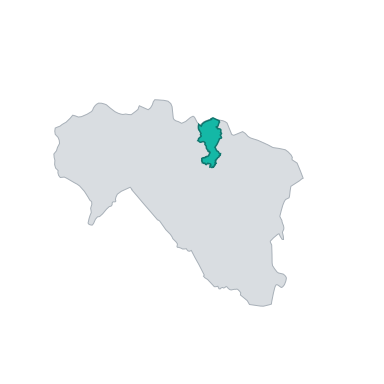 Yatenga, Yatenga, Burkina Faso shown in context, rotated 50°
{"feature_id": "67063806B65280418727437", "entity_name": "Yatenga", "entity_type": "district", "adm_level": 2, "iso_a3": "BFA", "parent_name": "Burkina Faso", "parent_adm1": "Yatenga", "projection": "albers", "projection_center": [-2.148, 13.581], "detail": "fine", "context": "in_parent", "style": "filled", "palette": "teal", "viewbox_px": 384, "rotation_deg": 50, "n_neighbors": 0, "source": "geoboundaries", "source_scale": "gbopen_adm2", "svg_char_len": 7728}
<svg xmlns="http://www.w3.org/2000/svg" viewBox="0 0 384 384"><g transform="rotate(50 192 192)"><path d="M277.9,235.8L269.0,236.3L265.8,237.3L263.8,237.3L263.7,236.5L263.5,236.0L252.2,233.4L244.3,231.9L236.3,230.1L235.9,231.8L234.7,232.9L233.0,233.0L231.8,232.8L231.0,234.1L229.7,235.8L227.8,236.6L226.0,237.7L225.0,238.7L224.3,238.7L222.4,236.5L220.0,236.3L215.5,236.7L213.4,236.1L210.6,235.8L204.0,236.3L193.5,235.4L191.8,235.9L191.3,236.3L180.9,236.4L169.4,236.6L159.8,236.6L151.4,236.7L151.4,236.3L148.7,236.3L148.4,237.0L146.0,245.8L145.7,250.6L147.0,253.5L148.4,255.4L150.0,256.2L150.1,257.3L148.8,258.7L149.0,260.1L150.5,261.5L150.8,263.1L150.0,264.7L150.2,268.5L151.3,274.6L151.4,278.6L150.3,280.4L150.8,283.5L152.9,287.8L153.2,289.7L152.5,290.5L150.7,291.7L149.0,291.6L147.0,289.0L146.1,287.8L144.4,285.1L143.0,282.4L141.2,281.2L139.3,280.1L137.1,276.7L134.9,275.1L132.6,275.5L129.2,274.9L122.4,274.0L115.1,274.2L112.1,275.0L109.1,276.2L101.5,278.9L98.5,280.2L96.2,283.6L93.6,283.5L91.1,282.4L89.5,280.8L86.0,281.1L82.7,279.6L79.5,276.6L77.1,275.5L74.1,273.4L73.3,269.3L71.4,266.4L69.7,262.3L67.1,260.5L64.1,259.5L59.9,259.7L57.2,258.0L55.1,255.7L55.7,253.6L56.7,250.8L56.8,248.0L57.6,243.5L57.2,237.9L56.5,234.0L58.8,232.4L61.5,230.9L63.2,228.3L65.0,222.3L65.8,217.2L65.3,215.3L64.4,213.7L63.7,211.5L63.4,208.8L63.9,206.4L65.9,204.2L68.5,202.4L70.2,201.5L75.0,200.7L80.9,199.4L84.3,197.9L86.8,196.3L88.2,195.1L89.7,192.6L92.0,190.7L93.7,188.8L94.0,183.3L94.0,180.2L92.8,178.4L92.1,176.9L100.8,172.7L100.9,169.7L99.7,166.3L98.0,163.6L97.4,161.2L99.9,158.5L102.0,156.4L103.6,154.7L107.0,152.0L110.6,151.4L113.8,152.4L123.3,158.8L124.9,159.2L126.9,158.7L129.5,157.1L132.7,155.8L133.9,151.5L133.9,145.3L134.6,142.5L136.3,142.0L141.8,143.2L143.2,143.2L144.8,142.9L146.0,141.8L145.9,139.8L145.7,138.0L147.5,132.2L150.7,127.9L157.3,122.5L159.4,121.4L161.7,120.8L173.5,124.6L175.4,123.6L178.3,114.4L181.5,113.5L185.3,113.4L187.8,112.6L189.1,111.9L194.6,108.4L204.5,103.6L209.8,101.5L210.8,100.7L214.6,97.3L219.6,93.4L222.8,92.6L227.2,92.3L230.0,92.9L230.8,94.0L231.7,94.6L237.4,92.9L245.7,95.5L252.9,98.0L252.5,99.6L252.5,102.5L251.9,107.1L251.2,112.6L254.2,116.1L257.8,119.9L258.8,121.4L257.9,125.2L258.6,127.4L260.5,131.0L263.7,135.7L267.1,140.4L269.4,141.0L271.5,141.4L272.8,142.2L274.8,143.0L276.7,143.6L278.4,144.6L279.5,145.6L280.9,148.6L284.6,150.5L287.2,152.4L286.2,153.4L283.0,153.0L279.9,152.2L279.5,153.6L279.5,159.1L280.0,163.6L280.7,164.2L283.8,165.0L291.2,170.8L297.8,176.2L300.1,177.6L303.7,178.1L307.8,178.3L309.6,177.8L313.5,174.9L315.6,174.5L317.5,174.6L318.6,175.0L320.5,177.3L322.4,180.7L322.9,183.2L322.8,184.6L322.2,185.1L319.0,185.9L317.6,186.4L317.2,187.2L317.8,188.9L318.4,190.0L322.0,194.9L327.3,201.5L328.9,203.2L328.1,205.2L325.5,210.5L323.6,212.7L315.1,220.3L310.8,219.5L302.0,221.1L300.6,219.5L298.5,219.3L295.9,219.6L295.0,220.3L294.7,221.0L293.8,222.0L292.2,225.0L291.0,225.8L289.4,226.2L287.4,226.2L286.3,226.6L286.3,228.1L286.0,229.4L284.7,230.0L284.2,231.4L284.3,232.8L283.5,233.5L281.8,233.1L280.8,232.8L279.9,234.6L278.8,235.8L277.9,235.8Z" fill="#d9dde1" stroke="#a8b0b8" stroke-width="1"/><path d="M154.7,125.5L154.4,125.7L148.7,128.3L148.2,130.4L148.9,130.5L146.7,136.6L146.4,140.2L147.5,142.6L145.3,143.3L145.0,143.6L144.7,143.6L144.8,143.7L145.1,144.1L145.8,144.9L145.9,145.0L146.1,145.0L146.3,145.1L146.4,145.3L146.5,145.5L146.9,145.8L147.9,146.5L148.4,146.6L148.6,146.5L148.8,146.6L149.0,146.6L149.2,146.8L149.3,146.7L151.2,147.1L153.0,147.5L153.1,147.9L153.2,148.3L153.5,148.7L153.8,148.8L154.5,148.9L154.9,148.8L155.2,149.0L155.3,152.6L155.5,152.7L155.6,152.8L155.8,153.2L156.0,153.4L156.1,153.7L156.2,153.8L156.4,154.5L156.8,154.2L157.3,154.1L157.9,154.1L158.8,153.9L159.0,153.8L159.3,153.6L159.5,153.3L159.6,153.2L160.1,151.8L160.3,151.4L160.6,151.0L160.7,150.9L161.1,150.6L162.0,150.4L162.7,150.3L162.8,150.4L163.0,150.4L163.1,150.6L163.3,151.0L163.5,151.3L163.8,151.5L164.0,151.5L164.7,151.6L165.0,151.6L165.9,151.6L166.1,151.7L166.4,151.9L167.7,152.8L167.8,152.9L168.0,152.9L169.7,153.1L170.1,152.9L170.2,153.0L170.4,153.2L170.7,153.4L171.3,153.5L171.6,153.4L171.9,153.3L172.0,153.1L172.1,152.8L172.1,152.7L172.5,152.7L172.9,152.6L173.1,152.6L173.4,152.9L173.4,153.0L173.5,153.0L173.7,153.3L173.9,153.7L174.0,154.2L174.3,155.0L174.5,155.2L174.6,155.3L174.7,155.5L174.8,155.9L174.8,156.5L174.9,157.0L174.6,157.3L174.5,157.5L174.4,157.6L174.2,157.9L174.2,158.0L174.3,158.2L174.2,158.3L174.2,158.5L174.0,158.8L173.8,159.0L173.8,159.3L173.9,159.5L174.1,159.6L173.9,160.1L173.7,160.3L173.6,160.5L173.5,160.9L173.5,161.0L173.2,161.1L172.9,161.4L172.9,161.7L172.8,161.9L172.8,162.1L172.7,162.3L172.8,162.6L172.6,162.8L172.6,163.0L172.8,163.2L173.4,163.4L173.5,163.5L173.6,163.8L173.8,163.9L173.9,164.0L174.2,164.0L174.3,164.1L174.3,164.3L174.3,164.5L174.5,164.6L174.6,164.4L175.2,164.6L175.3,164.7L175.6,164.8L175.8,164.9L176.0,165.1L176.1,164.9L176.3,164.8L176.5,164.9L176.7,165.0L176.9,164.9L177.2,164.8L177.2,164.7L177.4,164.5L177.7,164.5L177.8,164.4L178.0,164.0L178.0,163.8L178.1,163.7L178.4,163.6L178.5,163.6L179.0,163.7L179.3,163.8L179.5,163.8L179.6,163.7L179.7,163.8L179.9,163.7L180.0,163.6L180.2,163.4L180.1,163.0L180.2,162.4L180.2,162.1L180.1,161.5L180.2,161.3L180.4,161.2L180.5,161.2L180.8,161.2L181.0,161.1L181.2,160.8L181.6,160.3L181.9,160.1L182.0,160.1L182.3,159.9L182.5,159.8L182.8,159.9L182.8,160.0L183.1,160.3L183.4,160.3L183.6,160.4L183.4,161.1L183.4,161.3L183.5,161.4L184.0,161.7L184.1,161.9L184.1,162.0L184.3,162.2L184.4,161.9L184.5,161.9L184.9,161.7L185.1,161.5L185.7,161.3L186.2,160.8L186.2,160.7L186.1,160.3L186.3,160.1L186.5,160.0L186.7,159.8L186.5,159.7L186.4,159.5L186.3,159.4L186.2,159.3L186.3,159.1L186.5,159.0L186.5,158.5L186.5,158.4L186.5,158.2L186.4,158.1L186.3,157.9L186.1,157.8L186.0,157.6L185.9,157.3L185.8,157.1L185.8,156.9L186.0,157.0L186.1,156.9L186.1,156.7L185.9,156.6L185.6,156.6L185.7,156.3L185.6,156.2L185.5,155.8L185.5,155.7L185.5,155.4L185.6,155.0L185.4,154.9L185.2,155.0L184.6,155.3L184.5,155.5L184.4,155.5L184.2,155.3L184.1,155.2L184.2,154.8L184.1,154.6L183.9,154.4L183.8,154.2L183.7,154.1L183.4,154.0L183.3,153.9L183.1,153.9L182.8,153.8L182.7,153.4L183.0,153.2L182.9,153.0L182.9,152.6L182.8,152.3L182.5,152.0L182.5,151.9L182.6,151.3L182.6,151.1L182.2,150.4L182.2,150.2L182.3,149.9L182.4,149.7L182.5,149.5L182.5,149.3L182.5,149.2L182.2,148.2L181.8,148.0L181.6,147.6L181.7,147.4L181.8,147.2L182.0,147.2L182.1,146.9L182.0,146.7L181.7,146.5L181.6,146.4L181.5,146.1L181.4,146.0L181.2,145.9L180.9,145.5L180.5,146.0L180.2,146.2L179.8,146.2L179.5,146.2L178.2,146.0L178.0,145.9L177.8,146.0L177.5,146.1L177.4,146.1L177.1,146.2L176.9,146.4L176.6,146.5L176.3,146.5L175.9,146.4L175.7,146.4L174.9,146.3L174.5,146.1L174.0,146.0L173.8,145.9L173.2,145.7L172.9,145.7L172.5,145.8L172.1,144.5L172.1,144.1L171.9,143.4L171.6,142.4L171.3,141.7L171.1,141.3L170.8,140.6L169.9,138.6L169.3,137.6L169.2,137.3L168.8,136.7L169.1,136.1L169.3,135.7L169.5,135.1L169.5,134.9L169.5,134.7L169.4,134.6L169.3,134.4L168.9,134.3L167.6,133.9L167.2,133.9L166.7,133.8L166.5,133.7L166.4,132.9L166.4,132.4L166.3,132.0L166.1,131.7L165.8,131.6L165.7,131.6L165.1,131.8L164.7,131.8L164.6,131.5L164.5,131.3L164.3,131.1L163.5,130.6L163.4,130.5L163.5,130.5L163.4,130.3L163.3,130.2L163.1,130.0L162.7,129.9L162.2,129.9L161.7,130.1L161.1,130.5L160.8,130.8L160.1,131.6L159.8,131.3L159.7,131.2L159.3,131.3L159.2,131.4L158.9,131.6L158.6,131.7L158.5,131.8L158.3,131.8L158.2,131.8L157.9,131.7L157.7,131.5L157.6,131.4L157.8,131.1L158.0,130.8L158.1,130.6L158.2,130.2L158.0,129.5L157.8,129.1L157.5,128.8L157.2,128.3L156.1,126.3L156.1,126.1L155.9,126.1L155.8,125.9L155.7,125.9L155.4,125.9L155.2,125.8L155.2,125.6L154.8,125.4L154.7,125.5Z" fill="#14b8a6" stroke="#0f766e" stroke-width="1.5"/></g></svg>